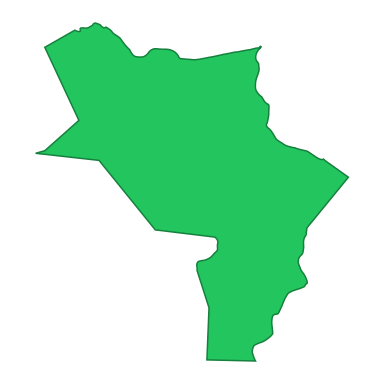 outline of Orocuina, Choluteca, Honduras
{"feature_id": "27666195B30737546448878", "entity_name": "Orocuina", "entity_type": "district", "adm_level": 2, "iso_a3": "HND", "parent_name": "Honduras", "parent_adm1": "Choluteca", "projection": "orthographic", "projection_center": [-87.128, 13.486], "detail": "fine", "context": "isolated", "style": "filled", "palette": "green", "viewbox_px": 384, "rotation_deg": 0, "n_neighbors": 0, "source": "geoboundaries", "source_scale": "gbopen_adm2", "svg_char_len": 5778}
<svg xmlns="http://www.w3.org/2000/svg" viewBox="0 0 384 384"><path d="M255.5,361.0L255.1,360.3L254.8,359.6L253.9,357.5L252.9,354.5L252.5,353.3L252.4,352.7L252.3,352.1L252.3,351.5L252.3,350.8L252.4,350.3L252.7,348.7L253.0,347.8L253.2,347.1L253.6,346.3L254.0,345.7L254.5,345.3L255.1,344.8L256.4,344.2L259.1,343.0L260.1,342.7L261.6,342.2L262.6,341.8L263.5,341.3L264.9,340.6L266.2,339.7L267.5,338.8L270.5,336.4L271.4,335.4L272.5,334.0L272.7,333.8L272.7,333.5L272.7,332.7L272.5,330.1L271.9,324.9L271.8,323.3L271.7,321.9L271.8,321.1L271.9,320.1L272.0,319.0L272.2,317.8L272.4,317.0L272.6,316.4L272.8,316.0L273.0,315.6L273.2,315.2L273.5,315.0L273.8,314.8L274.3,314.6L275.3,314.3L276.7,314.2L277.5,313.9L278.0,313.6L278.5,313.0L278.8,312.5L279.2,311.8L280.6,308.7L281.8,306.1L283.8,301.2L285.0,298.5L285.3,297.9L287.2,294.7L287.9,293.7L288.2,293.3L288.8,292.9L289.8,292.3L291.3,291.5L292.6,290.9L295.8,289.8L298.4,289.0L300.5,288.3L302.6,287.4L303.9,286.8L304.2,286.7L304.6,286.2L305.0,285.6L305.5,284.7L305.8,284.3L306.1,284.0L306.5,283.8L306.7,283.6L307.0,283.4L307.1,283.1L307.2,282.8L307.2,282.4L307.2,282.0L307.1,281.5L306.9,280.5L306.4,279.2L305.3,276.7L304.3,274.8L303.7,273.9L302.8,272.7L302.1,271.7L301.2,270.4L300.9,269.8L300.0,267.5L299.4,266.0L298.8,264.5L298.6,263.8L298.4,263.1L298.3,262.4L298.3,261.9L298.3,260.8L298.5,259.7L298.8,258.5L299.0,257.9L299.5,257.1L300.2,256.2L300.8,255.5L301.8,254.6L302.1,254.1L302.6,253.4L302.7,253.0L302.9,252.6L303.0,251.9L303.3,250.1L303.7,247.5L303.6,245.5L303.5,241.8L303.5,241.3L303.6,240.9L303.9,239.4L304.1,238.4L304.4,237.8L304.6,237.3L304.9,236.8L305.6,235.8L305.8,235.5L306.0,235.1L306.1,234.7L306.2,233.9L306.3,232.5L306.7,230.0L306.8,228.5L306.9,228.0L308.1,226.4L308.7,225.6L309.6,224.6L348.4,177.2L326.0,161.3L323.5,159.1L323.0,159.4L322.4,159.5L321.9,159.5L321.4,159.5L320.7,159.4L320.0,159.2L318.9,158.7L318.1,158.3L317.3,157.9L315.6,156.8L308.4,151.9L307.6,151.4L307.0,151.2L305.3,150.7L300.9,149.7L297.9,148.9L296.6,148.5L295.7,148.1L295.0,147.8L294.3,147.7L292.9,147.5L292.0,147.3L290.3,146.9L288.4,146.4L287.3,146.0L286.1,145.6L285.1,145.1L283.8,144.4L283.0,143.8L281.5,142.8L278.2,140.7L277.1,139.9L276.6,139.5L276.2,139.1L275.7,138.3L274.2,135.7L272.6,133.1L271.5,131.4L270.8,130.5L270.6,130.2L270.3,129.9L267.4,127.3L266.9,126.6L266.6,126.2L266.5,125.8L266.4,125.2L266.5,124.6L266.6,124.1L267.1,123.0L267.5,121.7L268.5,116.7L268.7,114.9L268.8,114.1L268.7,112.4L268.8,111.2L268.9,109.5L269.0,107.3L269.0,106.1L268.8,105.2L268.6,104.8L268.3,104.4L268.0,104.2L267.2,103.9L266.7,103.6L265.9,102.9L265.1,102.1L264.5,101.4L264.1,100.9L262.5,98.1L262.0,97.3L261.6,96.8L261.3,96.5L260.6,96.0L260.0,95.5L258.6,94.1L257.9,93.2L257.3,92.5L257.0,91.9L256.3,90.8L256.0,90.2L255.8,89.4L255.6,88.8L255.5,88.1L255.4,87.4L255.4,85.7L255.5,83.5L255.6,82.2L255.9,80.4L256.1,79.7L256.3,78.8L257.7,74.9L258.7,71.8L258.9,71.1L259.0,70.3L259.1,69.4L259.1,68.5L258.8,66.6L258.7,64.5L258.6,64.0L258.4,63.3L258.0,62.7L257.7,62.2L257.1,61.5L256.7,61.1L256.3,60.3L256.0,59.6L255.8,58.7L255.7,57.8L255.7,57.1L255.8,55.8L256.0,54.8L256.3,53.8L256.7,52.8L257.2,51.9L257.8,50.8L258.5,49.8L258.7,49.6L260.0,48.5L260.8,47.5L261.0,47.2L261.1,46.8L261.0,46.6L260.8,46.4L260.6,46.4L260.4,46.3L260.2,46.4L260.0,46.6L259.7,47.1L259.4,47.5L259.0,47.7L258.5,47.9L258.1,48.0L257.2,48.0L256.2,48.1L254.7,48.5L252.6,49.0L250.0,49.7L249.3,49.8L248.1,49.9L246.4,50.2L243.7,50.7L241.1,51.2L237.5,51.9L236.9,52.0L235.5,52.0L231.9,52.7L230.5,53.1L229.2,53.3L225.7,54.0L223.0,54.4L221.0,55.0L218.9,55.4L215.8,56.1L215.0,56.2L214.0,56.5L213.2,56.7L208.8,57.4L204.6,58.3L202.1,58.7L199.8,59.2L195.3,59.7L194.2,59.8L191.0,59.5L186.8,59.2L183.8,58.9L181.3,58.7L180.5,58.6L180.1,58.5L179.9,58.4L179.7,58.2L179.1,57.5L178.6,56.7L178.0,55.4L177.4,54.6L176.4,53.5L175.6,52.7L174.5,51.8L173.8,51.3L173.1,51.0L172.0,50.5L170.4,49.9L168.7,49.5L167.8,49.4L167.3,49.3L164.1,49.2L161.5,49.2L155.2,48.7L154.6,48.8L153.8,48.9L153.1,49.1L152.5,49.3L152.0,49.6L151.0,50.1L150.2,50.8L149.3,51.5L148.8,52.2L148.0,53.4L147.2,54.2L146.7,54.7L146.2,55.2L145.5,55.7L144.5,56.2L143.8,56.6L143.3,56.8L142.8,56.9L141.2,57.0L140.2,57.0L138.9,57.0L137.3,56.9L136.1,56.7L135.4,56.5L134.8,56.3L134.4,56.1L133.9,55.8L133.5,55.5L133.2,55.2L132.7,54.8L132.3,54.2L131.1,52.5L130.5,51.5L130.0,50.3L129.7,49.8L129.1,49.2L128.1,48.2L127.6,47.7L125.1,45.0L122.1,41.0L120.3,38.5L119.8,37.9L119.5,37.6L116.5,35.5L115.1,34.6L114.0,33.9L113.7,33.7L113.0,33.0L112.1,31.9L111.1,30.7L110.3,30.0L109.3,29.2L107.5,28.0L106.0,27.1L105.6,27.5L105.2,27.6L104.9,27.7L104.5,27.8L103.9,27.8L103.7,27.8L103.5,27.7L102.5,27.1L101.9,26.7L101.3,26.1L100.5,25.2L100.2,24.9L99.9,24.7L99.1,24.3L97.1,23.6L95.7,23.1L95.3,23.0L95.0,23.1L94.5,23.2L94.2,23.4L93.8,23.6L93.5,23.8L93.3,24.0L93.1,24.3L92.6,25.1L92.3,25.4L92.0,25.6L89.9,26.8L88.5,27.6L87.8,27.9L87.1,28.0L86.1,28.1L85.2,28.1L83.3,27.9L81.9,27.9L81.1,28.0L80.7,28.1L80.2,28.5L80.1,29.0L80.2,29.5L80.3,29.9L80.4,30.9L80.3,31.0L79.8,31.4L79.3,31.5L78.8,31.6L78.4,31.5L77.8,31.4L76.0,30.8L75.6,30.6L74.8,30.2L44.8,47.3L78.9,120.4L44.8,150.7L35.6,153.3L99.1,160.4L99.8,161.4L155.3,229.9L214.8,237.1L215.6,237.7L216.3,238.5L217.1,239.5L217.2,239.8L217.4,240.1L217.5,240.5L217.7,241.0L217.8,241.7L217.8,242.4L217.8,243.0L217.7,243.4L217.6,243.9L217.5,244.3L217.4,245.2L217.4,246.5L217.5,248.0L217.5,248.9L217.5,250.0L217.3,250.3L216.4,251.4L214.1,253.6L212.8,255.2L211.6,256.4L210.9,257.1L210.5,257.4L209.3,258.2L207.7,259.0L206.7,259.5L205.6,259.9L204.9,260.2L204.2,260.3L202.6,260.5L200.8,260.8L199.3,261.2L198.4,261.5L198.1,261.7L197.8,262.1L197.6,262.4L197.3,262.9L197.0,263.7L196.9,264.0L196.8,264.6L196.8,265.2L196.8,265.9L197.1,267.7L197.2,268.3L197.1,269.3L197.0,270.3L209.0,307.8L206.9,359.9L255.5,361.0Z" fill="#22c55e" stroke="#15803d" stroke-width="1.5"/></svg>